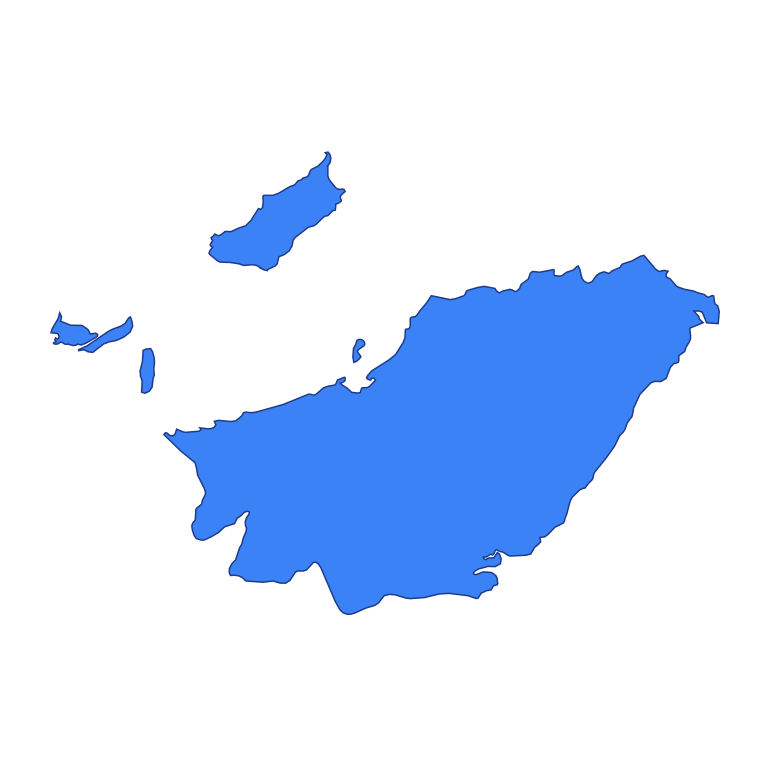 the border of Sumatera Utara, rotated 91°
{"feature_id": "IDN-381", "entity_name": "Sumatera Utara", "entity_type": "Province", "adm_level": 1, "iso_a3": "IDN", "parent_name": "Indonesia", "parent_adm1": "", "projection": "albers", "projection_center": [98.746, 1.854], "detail": "fine", "context": "isolated", "style": "filled", "palette": "blue", "viewbox_px": 768, "rotation_deg": 91, "n_neighbors": 0, "source": "natural_earth", "source_scale": "10m", "svg_char_len": 6142}
<svg xmlns="http://www.w3.org/2000/svg" viewBox="0 0 768 768"><g transform="rotate(91 384 384)"><path d="M438.4,603.2L436.6,601.8L436.7,600.3L439.4,597.0L439.4,594.0L438.0,592.2L432.8,590.5L435.3,584.2L435.8,581.4L434.4,568.1L432.8,566.1L431.1,567.4L431.9,558.6L431.4,555.4L430.0,552.7L427.6,551.5L424.3,553.0L423.2,548.8L424.2,536.6L423.4,531.5L418.5,525.8L415.1,524.0L414.5,521.8L415.0,516.5L414.4,511.8L406.4,484.9L395.7,459.7L395.4,458.3L396.4,453.6L395.8,452.1L388.8,444.3L387.0,439.2L386.0,433.4L384.4,431.9L380.8,430.6L378.0,423.8L378.2,423.0L381.3,423.0L382.9,424.9L384.0,427.7L385.7,425.8L388.8,420.7L392.9,416.2L393.5,409.7L392.9,407.6L388.7,406.3L388.1,405.3L388.0,401.1L386.8,398.5L380.4,392.6L378.2,394.3L378.4,396.4L380.4,397.4L379.4,400.6L378.2,401.6L375.4,400.2L371.0,396.4L359.8,379.4L354.2,372.8L341.7,365.3L336.7,363.8L329.5,363.6L328.8,363.1L328.5,360.1L326.1,358.8L317.8,358.9L316.7,357.4L316.1,354.0L314.4,352.1L309.7,349.0L301.9,342.6L294.9,338.2L298.5,319.3L297.4,313.8L294.4,305.8L293.3,304.6L289.7,303.2L288.7,301.3L285.8,291.8L284.6,285.2L286.5,274.8L289.2,272.9L290.9,270.2L288.9,266.6L287.2,259.9L287.6,257.6L289.3,254.8L288.9,252.9L286.2,250.2L281.8,248.5L276.7,241.6L270.6,239.6L268.9,237.5L269.5,230.2L266.6,216.3L267.9,215.8L271.3,216.1L272.7,215.3L273.1,209.6L272.5,207.9L269.1,203.4L266.7,196.6L263.5,193.5L262.6,191.9L265.6,190.3L274.7,188.0L277.5,186.0L279.8,181.9L278.0,177.7L271.6,173.3L269.4,170.0L268.0,166.0L269.5,160.9L266.8,157.7L263.5,150.4L259.9,147.7L256.7,138.4L251.7,129.7L250.9,126.3L264.4,114.5L266.7,111.0L265.5,105.9L266.3,101.9L269.2,103.8L271.9,103.7L273.8,99.8L281.4,93.0L283.9,85.9L285.7,76.0L287.4,71.6L288.9,65.4L291.1,62.6L291.6,61.1L289.8,57.4L290.2,55.9L296.9,54.9L298.6,53.8L300.2,51.6L305.6,50.1L317.8,50.9L317.2,62.5L306.6,67.0L305.5,70.9L305.7,75.5L310.9,70.5L313.6,69.8L317.1,66.0L322.9,79.3L330.7,78.3L333.7,78.4L336.6,79.5L341.5,82.4L346.3,84.0L350.5,89.7L355.4,89.6L357.3,90.2L358.7,94.9L362.4,98.0L373.5,102.0L376.7,107.4L376.6,113.0L378.1,117.1L389.8,127.9L403.5,133.9L411.8,135.3L418.8,140.2L424.7,142.1L427.7,143.8L431.4,147.4L442.1,152.4L454.4,160.8L467.8,171.3L470.0,172.6L475.0,173.6L476.7,174.7L479.5,177.7L484.4,181.1L485.5,184.8L486.6,186.6L493.7,193.7L498.0,195.9L511.1,199.1L515.7,200.9L518.2,201.2L520.0,202.4L524.2,210.6L531.4,217.2L534.0,220.6L534.7,225.5L539.0,224.6L541.9,227.1L544.6,230.5L551.3,234.2L552.7,238.8L553.8,254.6L553.5,256.4L550.1,262.0L549.3,265.5L547.7,268.7L548.5,269.8L551.9,271.1L553.1,272.4L552.4,274.4L555.3,279.1L555.2,281.5L556.0,281.6L557.2,280.8L557.9,279.4L556.2,276.6L555.8,271.1L550.5,267.7L552.1,265.6L556.6,263.8L561.6,264.4L564.6,269.6L564.6,277.1L567.2,285.9L569.1,289.3L571.3,291.4L573.0,290.3L572.9,288.4L570.1,281.3L570.6,273.1L573.7,268.8L575.8,267.6L581.8,266.8L582.8,267.3L583.8,271.0L588.0,273.3L588.9,278.1L591.5,283.2L596.2,286.0L596.7,286.9L596.9,288.0L594.2,296.1L592.2,315.4L592.9,324.8L596.8,339.7L598.1,353.7L597.8,357.7L594.6,369.1L594.2,374.8L595.7,380.2L602.8,385.5L605.5,389.3L608.4,398.4L613.7,409.6L614.8,413.7L614.9,416.5L613.5,420.8L610.7,424.0L602.1,429.0L568.6,444.0L565.0,446.6L563.5,448.9L563.3,450.0L564.0,451.8L571.3,458.2L572.4,461.5L572.4,466.3L573.4,469.1L581.9,474.5L584.8,478.8L584.9,484.1L582.9,491.8L584.3,501.3L583.4,518.0L583.0,519.1L580.3,521.9L578.4,525.7L577.8,530.2L578.1,534.0L576.6,535.0L574.5,535.5L571.1,535.3L566.6,533.1L562.4,529.3L550.5,525.6L546.3,523.3L540.7,522.1L534.4,519.5L530.6,518.9L527.8,520.1L523.9,520.3L520.3,519.2L516.0,516.5L514.3,516.3L513.6,518.7L514.8,521.6L518.2,524.8L520.8,528.5L526.2,531.0L529.5,540.8L535.4,546.9L539.3,553.3L543.2,561.1L543.2,564.1L541.9,568.8L539.1,571.0L533.3,573.1L529.0,573.7L525.6,572.4L523.8,570.6L522.6,570.3L512.7,569.9L511.4,569.2L507.3,564.2L503.3,563.5L497.6,560.7L494.8,560.7L491.5,561.9L478.3,568.8L471.6,569.9L466.0,571.5L454.4,586.2L438.4,603.2ZM271.2,501.5L272.7,502.8L272.0,505.9L269.7,510.8L269.7,509.9L267.5,513.8L267.1,518.0L267.9,526.3L266.3,531.4L265.2,539.5L265.0,549.8L263.8,552.6L257.3,560.7L256.3,561.3L253.7,560.4L250.1,557.7L248.7,560.1L247.1,560.0L243.6,557.7L242.0,559.1L240.5,559.4L239.4,557.5L237.0,555.8L238.7,552.3L237.7,549.7L234.2,545.4L234.4,539.8L230.8,532.4L228.2,525.0L222.8,519.9L210.8,512.6L211.5,510.0L209.8,508.6L203.8,507.9L198.3,508.4L197.5,507.4L197.3,498.3L195.1,492.7L188.3,481.6L186.5,476.9L182.4,473.5L181.4,470.4L179.5,468.7L178.2,464.3L176.2,462.9L172.0,461.4L170.6,460.1L167.4,453.9L161.9,448.4L159.1,446.4L155.6,445.0L153.8,446.8L153.1,444.0L155.4,442.1L159.0,441.1L163.5,441.7L166.4,443.6L166.9,444.6L167.6,443.9L176.6,443.8L179.6,442.9L182.3,441.1L188.3,436.0L189.6,434.3L190.2,432.4L189.8,428.6L190.3,427.3L192.2,426.2L195.6,429.9L197.9,431.2L201.4,429.8L202.4,430.4L204.3,433.1L204.8,435.2L210.9,435.7L211.8,438.5L216.6,443.0L217.3,446.2L218.2,447.4L225.3,454.4L227.0,456.8L228.6,462.4L239.1,475.4L241.7,477.3L247.8,478.5L252.6,481.2L256.3,485.9L258.6,491.3L266.0,493.0L267.9,494.9L271.2,501.5ZM349.6,700.7L349.9,702.5L349.5,704.2L347.5,707.6L349.7,710.9L349.9,713.1L349.4,715.1L348.4,715.1L347.5,712.3L345.7,713.9L343.7,713.2L344.9,711.4L344.1,710.1L342.2,709.7L339.9,710.5L339.1,712.0L338.6,717.9L334.3,716.6L324.2,710.9L318.5,709.5L322.2,707.6L326.9,708.5L330.7,698.2L330.7,687.0L334.2,681.6L335.4,680.4L339.1,678.6L338.2,673.0L339.6,671.1L341.2,671.5L342.6,673.1L348.4,682.8L350.3,687.6L349.4,690.7L350.7,693.0L351.0,695.6L349.6,700.7ZM346.6,659.4L348.9,665.1L357.5,675.8L356.8,681.3L356.8,680.4L355.0,684.7L356.0,689.9L355.0,689.9L351.0,681.4L336.4,660.8L334.2,656.9L330.6,647.9L327.9,643.9L322.2,640.3L321.4,638.7L325.4,637.2L330.7,636.3L336.5,638.8L341.6,644.9L345.2,652.5L346.6,659.4ZM355.8,616.0L361.6,614.3L366.5,613.8L373.0,614.5L379.0,613.8L382.7,615.0L391.1,615.8L395.2,618.4L397.4,622.8L396.4,626.2L385.3,625.9L380.2,627.6L375.2,628.1L365.7,625.9L354.6,625.4L353.2,622.5L352.7,617.9L355.8,616.0ZM356.9,407.6L359.0,408.8L361.7,411.7L362.9,414.5L357.5,415.6L349.0,415.1L344.5,412.8L341.1,412.0L340.0,410.4L339.8,408.4L340.4,406.3L341.9,404.6L344.3,403.9L346.2,404.7L349.9,410.0L352.2,411.2L356.9,407.6Z" fill="#3b82f6" stroke="#1e3a8a" stroke-width="1.5"/></g></svg>